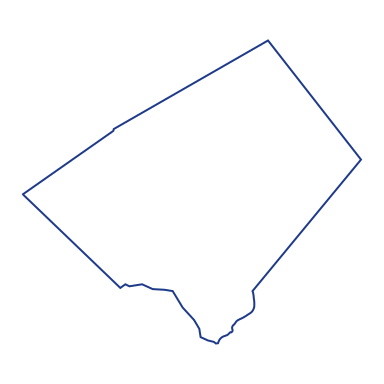 outline of Mailly Motete, Soufrière, Saint Lucia
{"feature_id": "8701671B87910523251509", "entity_name": "Mailly Motete", "entity_type": "district", "adm_level": 2, "iso_a3": "LCA", "parent_name": "Saint Lucia", "parent_adm1": "Soufrière", "projection": "mercator", "projection_center": [-61.027, 13.818], "detail": "fine", "context": "isolated", "style": "outline", "palette": "blue", "viewbox_px": 384, "rotation_deg": 0, "n_neighbors": 0, "source": "geoboundaries", "source_scale": "gbopen_adm2", "svg_char_len": 2139}
<svg xmlns="http://www.w3.org/2000/svg" viewBox="0 0 384 384"><path d="M23.0,194.2L23.5,195.0L120.3,287.9L125.4,284.3L129.4,286.3L142.1,284.3L152.7,289.1L164.7,289.8L172.7,291.1L182.7,307.6L194.0,319.9L199.3,328.8L200.6,337.1L208.0,340.5L213.9,341.9L215.9,343.5L218.0,343.2L218.1,342.8L218.3,342.3L218.5,341.9L218.7,341.4L218.9,341.0L219.1,340.5L219.3,340.1L219.5,339.7L219.8,339.3L220.2,338.9L220.5,338.5L220.8,338.2L221.2,337.9L221.5,337.6L221.9,337.3L222.2,337.1L222.6,336.8L223.1,336.6L223.6,336.4L224.1,336.2L224.6,336.0L225.0,335.9L225.5,335.7L225.9,335.5L226.3,335.4L226.7,335.3L226.9,335.1L227.4,334.9L227.7,334.7L228.0,334.5L228.3,334.2L228.7,333.8L229.1,333.4L229.5,333.0L229.9,332.6L230.2,332.3L230.6,332.2L231.0,332.4L231.4,332.3L231.8,332.0L232.1,331.6L232.4,331.2L232.6,330.7L232.5,330.0L232.5,329.6L232.3,329.1L232.2,328.7L232.1,328.2L232.1,327.6L232.2,327.1L232.3,326.6L232.5,326.3L232.7,326.0L232.9,325.6L233.3,325.2L233.6,324.9L234.0,324.6L234.3,324.2L234.6,323.9L234.9,323.5L235.2,323.1L235.4,322.8L235.7,322.3L235.9,322.0L236.2,321.6L236.7,321.1L237.0,320.8L237.3,320.6L237.8,320.3L238.1,320.0L238.6,319.8L239.0,319.6L239.4,319.4L239.9,319.1L240.4,318.9L240.7,318.8L241.0,318.7L241.4,318.5L241.7,318.3L242.3,318.0L242.6,317.9L243.0,317.7L243.4,317.4L243.9,317.2L244.3,316.9L244.6,316.7L244.9,316.5L245.4,316.3L245.8,316.0L246.2,315.8L246.7,315.4L247.0,315.2L247.5,314.9L247.9,314.6L248.3,314.3L248.7,314.1L249.0,313.9L249.4,313.7L249.8,313.4L250.2,313.2L250.4,313.0L250.8,312.7L251.2,312.4L251.5,312.1L251.9,311.7L252.2,311.3L252.5,310.9L252.8,310.5L253.1,310.0L253.3,309.5L253.5,309.1L253.7,308.7L253.8,308.3L253.9,307.9L254.1,307.5L254.2,307.0L254.2,306.6L254.3,306.1L254.3,305.6L254.3,305.2L254.3,304.8L254.3,304.4L254.3,303.8L254.3,303.1L254.3,302.7L254.3,302.2L254.2,301.8L254.2,301.4L254.2,300.7L254.1,300.2L254.0,299.6L253.9,299.1L253.9,298.8L253.8,298.3L253.8,297.8L253.7,297.3L253.7,296.8L253.6,296.4L253.6,295.6L253.5,295.2L253.4,294.7L253.3,294.3L253.3,293.8L253.2,293.3L253.1,292.7L252.5,291.1L361.0,159.6L268.0,40.5L113.8,129.0L113.3,130.9L23.0,194.2Z" fill="none" stroke="#1e3a8a" stroke-width="2"/></svg>